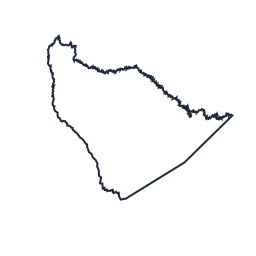 Pastaza, Pastaza, Ecuador, rotated 15°
{"feature_id": "8360857B89599541187452", "entity_name": "Pastaza", "entity_type": "district", "adm_level": 2, "iso_a3": "ECU", "parent_name": "Ecuador", "parent_adm1": "Pastaza", "projection": "equal_earth", "projection_center": [-77.325, -1.952], "detail": "fine", "context": "isolated", "style": "outline", "palette": "slate", "viewbox_px": 256, "rotation_deg": 15, "n_neighbors": 0, "source": "geoboundaries", "source_scale": "gbopen_adm2", "svg_char_len": 5549}
<svg xmlns="http://www.w3.org/2000/svg" viewBox="0 0 256 256"><g transform="rotate(15 128 128)"><path d="M50.5,60.2L49.9,62.9L49.2,63.6L46.4,63.7L44.8,64.7L43.5,64.8L43.2,64.2L42.4,64.6L40.0,63.0L39.6,61.1L38.0,60.5L38.8,59.4L37.3,57.0L36.9,57.7L37.3,58.1L37.0,58.8L35.3,59.9L35.0,60.7L35.2,61.6L34.5,62.5L34.8,63.0L34.8,64.8L34.2,65.9L33.5,66.0L33.5,67.7L33.1,68.0L32.5,67.5L30.9,69.3L30.8,72.1L30.4,73.3L31.4,74.8L31.7,76.7L32.5,77.8L32.5,79.0L32.2,79.5L32.5,80.4L33.2,79.8L34.0,86.6L35.8,88.1L36.8,88.3L37.2,87.9L37.9,91.3L38.4,91.6L38.7,92.4L39.2,92.5L39.1,93.4L39.6,94.1L41.2,94.5L41.4,95.3L41.0,95.9L41.6,96.7L41.9,98.3L42.7,99.6L43.8,99.8L44.4,101.9L44.2,107.7L44.5,107.9L45.4,106.9L45.2,108.3L45.7,108.8L45.4,110.3L45.8,111.4L46.4,111.8L46.0,113.2L47.2,115.7L46.6,115.9L46.5,116.7L47.6,117.0L48.8,119.3L48.7,123.3L49.2,125.0L50.3,126.0L51.3,126.0L51.4,128.1L52.9,130.3L56.1,131.4L56.6,133.8L57.7,135.8L59.4,136.1L61.6,138.7L62.9,138.7L63.6,137.8L65.6,137.7L66.7,139.0L67.6,139.0L68.8,141.4L70.1,141.0L72.0,141.4L73.1,142.3L74.5,142.3L74.8,143.4L75.9,144.5L77.2,144.7L78.1,145.7L79.9,146.1L84.1,149.5L86.9,150.5L91.7,154.3L92.7,154.4L93.5,157.0L96.5,161.3L99.5,162.5L101.7,165.6L104.9,167.2L107.8,170.4L108.1,173.1L110.6,176.2L112.5,181.8L114.4,182.5L114.9,183.1L115.1,188.6L115.8,188.8L117.6,188.2L119.3,193.0L120.8,191.9L121.0,193.3L121.6,194.0L122.6,193.7L123.3,192.9L124.3,194.3L124.7,193.8L127.6,193.2L128.1,192.2L129.2,191.6L129.8,192.4L130.0,193.9L131.2,194.6L132.8,192.7L134.8,193.9L135.8,193.0L137.2,196.6L139.5,199.0L144.2,196.8L191.5,146.6L225.6,88.9L224.5,88.6L224.5,89.9L224.1,90.0L223.8,88.8L222.8,89.1L221.9,88.6L221.8,89.9L220.9,88.4L219.4,88.5L219.9,89.6L219.3,90.0L219.5,91.2L217.8,91.9L217.9,92.6L217.5,92.9L216.9,92.3L216.1,93.2L216.2,94.5L215.2,93.6L214.7,93.6L215.6,95.0L214.6,94.7L213.8,96.1L213.4,96.0L213.5,94.7L213.1,94.2L212.6,94.6L213.2,95.5L212.8,96.2L211.5,96.3L210.2,95.3L209.8,94.0L210.7,94.0L210.1,93.1L210.2,92.3L211.0,92.7L211.2,92.4L210.7,92.2L210.2,91.2L209.6,93.1L209.1,93.1L209.3,91.7L208.8,92.6L208.2,92.5L208.0,93.2L208.5,94.4L207.9,95.1L207.4,94.9L207.8,93.6L207.1,94.4L206.4,94.0L206.4,94.9L205.7,95.2L205.1,97.3L204.2,97.4L203.7,98.0L203.5,97.3L203.2,98.0L202.3,98.0L201.3,96.9L201.7,98.5L201.5,99.0L201.1,98.7L201.0,96.5L200.4,97.3L200.2,96.7L198.8,95.5L198.3,95.9L197.8,95.7L197.9,94.9L197.5,94.1L198.1,93.5L197.3,92.0L196.4,92.0L196.5,90.9L194.4,90.7L193.9,91.9L192.0,92.5L191.0,94.9L190.3,94.8L190.1,95.5L189.7,94.7L189.0,95.0L188.0,94.7L187.9,95.4L186.9,95.6L186.9,94.8L186.4,94.2L186.1,95.0L183.5,96.0L183.3,96.4L184.2,96.8L185.9,100.2L185.1,101.3L184.2,100.6L184.6,99.8L184.4,99.3L182.1,98.7L182.9,96.2L182.7,95.5L181.9,95.2L181.8,96.5L179.4,95.1L179.5,94.4L181.1,94.0L180.3,93.4L180.6,92.7L179.9,91.4L179.7,92.3L178.7,91.8L178.3,92.2L178.1,92.8L178.8,93.4L178.9,94.2L178.2,94.5L177.4,94.4L177.1,93.5L176.0,93.9L176.5,92.7L176.2,92.0L175.6,92.2L175.3,93.3L174.7,92.5L172.5,93.3L172.1,92.4L171.3,92.5L172.2,91.1L171.4,90.5L171.7,89.0L170.5,89.0L170.1,89.8L169.5,88.7L169.9,87.0L169.5,88.0L168.4,88.5L167.5,88.0L167.1,86.3L166.6,87.5L165.9,86.9L165.5,87.5L164.6,87.4L163.6,88.4L163.6,87.3L162.8,86.7L162.6,85.3L162.3,86.2L161.3,87.0L160.4,85.6L159.0,86.9L158.9,86.3L159.4,85.8L159.2,85.4L157.4,85.4L157.0,84.7L156.4,84.6L156.4,83.8L156.0,83.4L155.3,84.9L155.0,84.7L155.3,83.8L155.0,83.3L154.2,84.5L154.1,83.9L151.9,82.2L151.4,80.2L150.5,80.0L149.6,80.6L149.6,79.2L149.0,79.7L148.6,78.8L147.3,78.7L147.1,79.3L147.6,80.7L147.2,81.1L146.8,79.6L146.1,79.5L145.8,78.8L144.9,79.3L144.8,77.6L144.2,78.2L142.6,77.4L143.1,76.5L142.9,76.0L142.4,76.6L140.6,76.5L140.5,74.4L139.5,75.4L139.7,74.4L138.8,73.9L138.7,72.6L138.3,72.8L138.3,74.3L137.9,74.6L137.9,73.1L137.6,72.8L137.5,73.6L137.0,73.6L136.6,72.1L136.2,72.3L136.4,73.3L136.1,73.8L135.4,73.4L135.3,71.8L134.8,73.2L134.3,73.0L134.3,71.8L133.9,71.8L133.4,73.2L132.9,72.3L132.1,72.6L131.2,72.0L131.1,70.4L130.8,72.5L130.2,72.9L130.0,72.3L130.6,72.0L130.5,71.4L129.4,71.4L128.9,70.8L128.5,71.4L126.9,71.4L126.2,70.0L125.8,70.8L125.4,70.8L125.4,69.2L123.6,69.7L122.7,67.8L121.1,67.5L119.8,65.5L119.4,65.9L119.8,66.8L118.8,66.7L119.0,67.1L118.5,67.4L119.0,67.9L118.6,68.2L115.8,69.0L115.0,68.7L114.2,69.8L113.8,69.4L113.4,70.3L112.3,70.4L111.8,71.1L111.9,70.1L111.2,70.9L110.7,69.9L110.3,70.7L109.8,70.4L109.9,70.9L108.8,72.2L108.8,72.8L108.2,73.0L108.0,72.5L106.8,72.4L106.2,73.0L105.6,72.8L105.4,73.8L105.1,73.0L104.4,73.8L103.4,73.9L103.5,74.5L102.6,74.8L101.8,77.1L101.4,76.3L100.7,76.5L100.9,77.0L100.3,76.8L100.2,77.5L99.4,76.5L99.0,77.7L97.6,77.5L97.3,76.8L96.3,76.9L96.1,76.5L95.6,76.8L95.9,77.3L95.5,77.4L95.4,76.4L94.8,78.0L94.4,77.9L94.4,78.5L94.2,78.2L93.7,79.1L93.1,78.9L93.4,79.8L92.5,79.6L91.7,80.9L91.2,80.4L90.8,81.1L89.2,80.1L88.9,79.1L88.6,79.1L88.3,78.9L88.2,78.9L88.5,79.5L87.9,79.4L87.3,80.3L87.5,80.7L86.8,80.7L86.9,81.2L86.6,80.5L85.8,80.8L85.1,79.9L84.4,80.5L84.3,79.4L83.9,79.7L83.5,78.9L83.3,79.6L82.4,79.7L82.0,79.5L82.2,79.0L81.9,78.6L81.3,78.9L80.9,78.3L80.6,78.7L80.0,77.9L79.1,78.9L78.8,78.4L78.4,78.9L77.9,77.4L76.5,78.9L76.1,80.0L74.8,79.8L74.4,80.3L72.6,78.4L71.8,78.9L71.3,78.0L70.9,78.5L70.6,77.9L69.7,78.7L69.0,78.7L68.9,78.1L68.0,78.1L66.8,77.0L65.9,77.3L65.9,76.7L65.1,77.1L64.8,76.6L64.7,77.1L63.9,76.9L63.2,76.0L63.1,76.7L62.6,76.8L61.5,75.8L60.9,76.1L60.3,75.4L58.7,76.5L58.7,77.0L57.5,75.8L57.7,74.6L57.3,73.8L58.4,72.1L58.5,71.1L58.4,70.1L57.1,68.5L57.1,66.7L56.3,65.3L56.3,62.4L54.6,62.5L53.7,64.6L52.9,64.7L52.0,62.5L51.3,62.1L51.3,60.9L50.5,60.2Z" fill="none" stroke="#1e293b" stroke-width="2"/></g></svg>